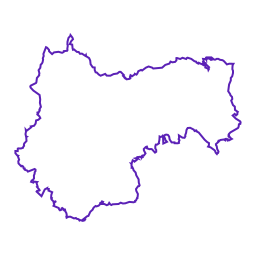 the district of Chiuiesti, Cluj, Romania
{"feature_id": "2599482B81341835248547", "entity_name": "Chiuiesti", "entity_type": "district", "adm_level": 2, "iso_a3": "ROU", "parent_name": "Romania", "parent_adm1": "Cluj", "projection": "albers", "projection_center": [23.916, 47.321], "detail": "fine", "context": "isolated", "style": "outline", "palette": "violet", "viewbox_px": 256, "rotation_deg": 0, "n_neighbors": 0, "source": "geoboundaries", "source_scale": "gbopen_adm2", "svg_char_len": 5749}
<svg xmlns="http://www.w3.org/2000/svg" viewBox="0 0 256 256"><path d="M137.9,194.0L136.3,190.9L136.0,189.1L138.1,186.2L139.1,186.1L139.6,185.3L138.8,182.6L138.6,179.3L136.3,175.4L135.6,172.5L133.6,170.3L133.0,168.3L132.2,168.0L132.5,167.8L131.8,167.1L132.1,166.7L131.5,165.9L131.6,164.3L131.1,163.6L131.6,163.7L132.7,160.3L133.9,160.8L134.5,161.6L136.8,159.9L137.6,158.4L138.2,158.6L137.8,158.0L136.4,158.7L135.5,158.3L137.1,157.9L137.5,156.3L137.7,157.2L139.7,156.8L141.8,157.5L143.5,156.9L142.1,156.7L141.8,157.2L141.8,156.5L141.5,156.4L142.4,155.5L143.9,155.5L145.5,153.4L143.9,150.4L143.8,149.0L145.8,147.0L146.9,146.6L147.1,147.1L146.7,148.0L146.9,148.3L149.5,149.2L151.1,149.0L152.0,149.3L155.0,152.6L156.2,151.8L156.2,149.9L155.3,148.5L155.3,146.3L155.8,144.6L157.1,144.6L159.0,143.3L158.8,142.8L159.4,140.0L159.6,136.5L160.6,137.0L161.8,136.6L162.7,135.7L163.0,136.3L163.3,143.5L167.0,141.8L165.3,139.9L165.0,138.3L164.3,137.5L164.2,135.9L164.9,135.0L166.1,134.6L167.9,134.9L169.1,136.5L169.7,139.6L171.6,142.4L174.5,142.4L174.6,143.2L177.8,143.3L179.0,142.9L178.8,141.9L179.5,140.2L178.6,139.1L179.1,137.9L178.9,135.4L182.3,137.6L184.5,137.8L185.4,136.3L185.2,135.2L186.1,132.8L186.5,130.0L187.2,128.7L187.7,128.0L190.2,127.8L193.7,129.6L194.6,131.0L196.1,130.3L196.5,130.6L196.5,131.4L198.7,132.5L204.6,139.7L207.1,142.0L209.0,143.1L208.9,145.4L208.1,146.6L210.5,147.3L214.4,150.1L215.0,150.8L215.7,152.7L216.9,154.0L217.5,153.0L218.1,152.9L218.5,151.6L217.2,149.1L216.7,146.2L216.0,145.1L215.9,144.1L218.2,142.1L218.0,141.8L218.5,140.8L219.1,141.1L220.3,140.0L223.7,139.5L225.2,140.3L225.3,139.0L226.0,138.8L226.7,139.5L227.6,139.2L227.8,140.3L228.3,140.0L228.9,140.4L231.8,138.9L228.9,136.8L229.4,136.5L228.9,135.9L229.0,135.3L228.5,135.0L228.9,134.0L230.4,132.4L238.0,128.0L238.6,126.8L239.0,124.1L238.6,123.5L239.5,124.1L240.3,123.9L240.6,122.2L240.1,121.3L235.8,118.6L232.7,115.5L234.7,113.9L236.0,115.4L237.3,114.3L237.4,112.5L237.8,111.9L235.0,109.9L234.8,106.6L233.0,105.1L231.2,100.6L232.3,99.0L232.0,96.9L230.4,95.2L230.2,94.2L228.2,91.2L229.1,84.4L230.8,80.5L230.8,78.0L232.2,76.3L233.0,73.0L233.0,70.8L232.4,69.3L232.4,68.0L232.6,65.3L233.4,63.8L229.3,63.7L226.9,64.4L224.0,61.2L222.6,60.2L220.0,59.8L218.4,58.9L216.6,58.9L215.4,59.6L214.1,59.6L211.4,57.4L209.1,57.4L212.0,59.1L211.8,59.8L210.7,59.8L210.2,59.1L206.9,57.9L206.2,57.9L206.6,59.0L206.2,59.1L206.2,59.6L205.9,59.1L203.1,58.9L203.8,61.3L203.0,61.7L203.1,62.2L205.7,63.2L205.7,64.6L206.0,64.1L206.2,64.4L205.8,65.5L207.1,65.4L209.0,67.2L208.2,68.0L208.9,69.0L208.4,69.9L208.1,68.7L205.3,67.5L205.6,65.6L204.3,65.3L203.6,63.6L203.1,64.9L202.3,64.4L202.4,64.0L201.1,63.9L198.6,62.7L198.4,62.9L198.8,63.5L198.4,63.7L196.5,62.6L196.2,61.7L194.4,61.2L191.3,58.9L187.6,57.7L187.0,57.9L186.2,59.0L182.5,57.8L180.2,59.0L176.9,58.0L176.4,58.1L176.4,60.4L175.1,61.9L172.4,62.3L170.5,61.6L169.4,63.6L165.3,64.9L162.1,67.7L153.2,68.5L152.1,67.6L148.6,66.5L146.0,67.6L142.1,70.5L141.1,69.9L138.3,71.2L137.3,73.6L136.5,74.6L134.8,73.8L134.6,74.5L132.2,76.2L130.5,75.2L129.9,77.1L130.1,77.7L130.4,77.3L130.4,78.3L129.4,78.9L126.6,79.3L125.4,77.9L125.1,78.3L124.3,77.5L123.7,75.7L123.3,76.1L123.0,75.8L123.8,75.0L120.7,71.9L119.3,71.9L117.3,73.5L113.5,74.1L110.4,75.7L106.7,75.6L105.2,73.9L100.6,75.7L98.7,74.5L96.9,72.6L95.6,72.3L94.7,70.0L94.7,67.5L92.7,67.3L90.6,64.2L90.2,60.5L89.1,58.1L86.1,56.2L85.9,55.1L85.4,55.9L81.9,53.6L80.0,53.8L78.7,52.0L76.9,51.9L74.0,49.4L73.0,49.8L72.6,48.5L72.2,44.6L69.8,44.1L71.1,41.3L73.0,39.2L72.4,37.6L70.5,35.1L70.3,35.9L68.5,37.9L67.5,41.7L67.4,44.4L67.8,45.7L67.3,48.8L67.5,50.1L67.1,50.8L64.0,51.1L64.1,51.5L63.5,52.1L62.1,52.8L58.5,51.8L54.0,52.4L52.1,54.1L49.1,51.3L49.0,49.9L47.2,47.8L46.0,47.2L43.4,54.0L43.7,56.0L42.8,58.3L43.1,59.5L42.6,62.1L42.0,63.4L40.7,64.7L40.3,67.8L38.6,70.2L39.4,73.3L39.1,74.5L39.2,75.3L36.9,78.0L36.4,82.2L36.0,83.0L30.8,85.6L30.3,86.3L30.6,87.6L33.4,90.6L39.6,95.0L40.2,99.4L39.9,102.9L40.9,106.9L39.8,108.5L39.8,109.3L39.3,110.0L39.7,110.6L38.7,112.3L37.8,112.4L38.0,113.2L37.5,113.2L37.7,114.1L37.4,114.5L39.4,116.3L40.3,118.1L38.3,119.8L36.1,120.4L35.6,123.6L34.0,125.8L30.8,126.4L31.2,127.3L26.6,130.8L25.8,129.8L26.0,131.5L25.5,134.1L26.0,136.4L26.8,136.7L26.2,137.1L26.5,141.0L24.2,143.5L23.9,144.6L24.1,145.8L23.4,146.5L23.0,147.8L20.9,148.5L18.2,148.4L17.8,148.6L17.7,151.1L15.4,151.0L15.4,153.2L17.2,155.4L18.1,155.7L17.8,156.0L19.1,159.7L18.3,161.2L18.5,163.4L21.2,166.3L21.9,166.3L22.1,165.9L22.9,166.3L23.4,166.9L23.6,168.2L24.6,168.5L24.3,169.1L24.7,169.7L27.2,170.6L27.9,171.6L34.6,169.0L35.5,169.6L35.5,171.1L34.7,172.2L34.6,173.8L33.9,175.5L34.0,178.4L32.9,179.9L31.7,180.5L31.1,181.8L33.4,182.6L34.0,181.6L37.2,182.0L36.5,182.8L37.6,186.5L37.0,186.9L39.6,190.0L40.2,189.6L39.4,190.5L37.1,190.9L36.6,191.6L41.5,196.2L44.8,189.4L46.8,188.3L46.7,188.6L48.8,189.0L48.5,190.6L52.2,192.2L51.3,194.9L51.1,197.9L51.9,198.1L51.5,199.4L53.8,201.8L56.2,201.2L53.7,203.0L54.3,204.2L53.5,205.8L58.7,208.0L59.2,209.5L60.0,210.3L61.5,209.7L61.5,208.5L62.2,208.0L63.7,209.1L63.7,209.9L64.2,210.4L64.4,210.5L64.4,209.7L65.0,209.6L65.4,211.4L66.4,213.2L66.8,215.5L66.3,216.6L66.6,217.7L68.4,216.8L70.4,216.7L74.0,218.4L75.9,218.0L76.4,218.7L78.6,219.2L79.4,220.4L79.8,220.0L82.9,220.9L83.4,220.4L84.5,220.4L85.0,219.6L83.1,219.4L87.2,216.2L88.4,215.9L90.3,211.8L92.7,209.6L93.2,208.3L94.2,207.1L95.6,206.0L96.5,206.4L98.6,205.7L99.9,204.4L100.3,202.9L101.1,202.8L102.0,201.4L103.1,201.9L101.9,204.0L104.3,204.0L106.8,205.2L108.3,204.5L109.2,202.9L110.4,204.5L111.4,205.0L112.6,204.3L118.5,204.0L120.7,202.7L122.9,203.5L125.3,203.3L129.4,201.9L133.6,202.3L135.2,201.7L135.1,200.8L136.1,200.3L136.9,198.4L137.4,198.1L137.2,197.6L137.6,197.0L137.9,194.0Z" fill="none" stroke="#5b21b6" stroke-width="2"/></svg>